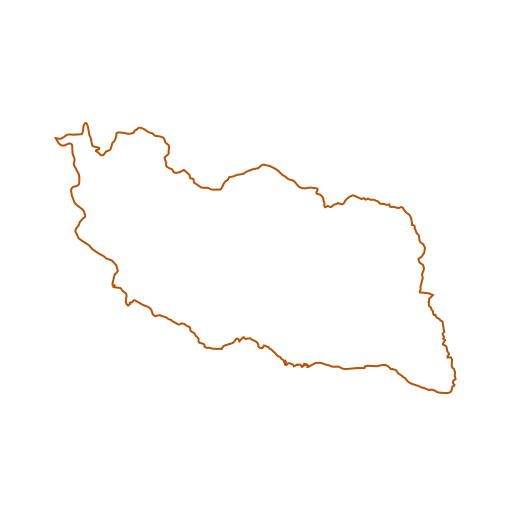 outline of Shanxi, rotated 277°
{"feature_id": "CHN-1805", "entity_name": "Shanxi", "entity_type": "Province", "adm_level": 1, "iso_a3": "CHN", "parent_name": "China", "parent_adm1": "", "projection": "equal_earth", "projection_center": [112.547, 37.663], "detail": "fine", "context": "isolated", "style": "outline", "palette": "amber", "viewbox_px": 512, "rotation_deg": 277, "n_neighbors": 0, "source": "natural_earth", "source_scale": "10m", "svg_char_len": 6082}
<svg xmlns="http://www.w3.org/2000/svg" viewBox="0 0 512 512"><g transform="rotate(277 256 256)"><path d="M348.5,42.9L348.4,47.0L348.7,48.2L350.9,51.1L352.5,52.6L353.4,54.0L353.9,55.4L354.1,59.8L355.5,67.5L356.0,68.3L356.6,68.7L360.7,69.1L363.9,68.9L366.8,70.0L367.2,70.6L367.2,71.2L366.2,72.2L364.1,73.3L355.7,75.9L352.9,77.6L346.0,79.9L345.3,80.7L344.8,82.4L344.5,86.0L344.1,87.3L343.0,87.2L342.3,86.3L341.7,84.6L340.7,84.3L339.1,87.4L337.5,89.1L337.1,90.2L337.1,91.2L337.6,92.2L341.5,94.5L343.0,97.5L344.0,98.4L345.5,98.9L350.6,99.7L353.1,101.6L358.0,102.7L360.3,102.5L361.1,102.9L361.8,104.0L362.0,105.0L362.1,110.2L361.7,113.8L362.0,116.5L363.5,119.6L365.0,120.0L365.8,120.6L366.9,122.2L367.9,122.9L369.0,124.2L369.2,125.1L368.7,128.5L365.6,134.8L365.1,138.3L363.5,140.3L362.9,141.6L363.0,146.0L362.4,148.9L361.0,150.7L357.8,152.1L355.3,155.8L353.4,156.6L349.7,156.4L347.5,156.9L346.0,156.3L343.0,153.4L342.5,153.3L340.6,153.9L337.6,155.6L334.9,155.7L333.8,156.5L332.8,158.6L331.9,161.8L331.5,162.4L329.3,163.9L328.7,166.1L329.4,168.9L330.8,171.4L332.5,173.5L332.4,174.4L328.5,180.0L325.4,181.1L325.1,181.8L325.0,184.2L324.3,184.7L322.3,185.2L321.2,185.8L317.4,193.2L317.2,194.4L317.8,199.9L316.9,202.6L316.5,204.8L317.7,212.8L318.7,213.4L324.9,215.6L326.5,216.8L328.5,219.0L330.9,219.7L332.3,223.9L334.2,227.4L335.6,232.2L336.2,233.7L338.1,235.5L341.3,241.3L343.4,247.4L347.3,251.1L347.6,253.1L346.9,259.0L344.8,264.9L343.1,267.9L339.6,272.5L338.5,275.3L336.8,277.8L336.2,278.9L335.7,282.2L334.8,285.0L331.7,288.1L330.0,290.3L329.4,291.5L329.0,294.2L329.1,295.9L329.4,297.9L330.4,300.6L330.5,301.7L330.6,307.1L330.3,308.7L329.1,309.1L326.6,308.2L325.5,308.4L325.2,309.2L324.7,312.0L324.3,312.9L321.8,315.6L319.1,316.2L317.9,317.1L316.5,317.5L314.2,317.6L313.2,318.3L312.8,319.0L314.5,321.1L313.7,323.5L313.7,324.6L316.5,327.2L317.3,329.5L318.6,331.0L317.9,333.2L317.8,334.3L318.0,335.5L319.1,336.8L321.6,337.8L323.1,338.7L326.3,341.7L327.9,344.5L327.9,346.0L325.4,353.8L326.5,355.8L326.3,356.6L325.5,357.3L325.3,358.0L326.6,360.2L325.7,362.9L326.2,365.4L326.1,366.2L324.9,370.7L324.6,371.3L323.2,372.3L323.0,373.1L323.2,376.5L322.7,379.5L323.4,382.1L321.4,382.8L321.1,384.3L321.5,386.2L320.9,391.7L322.1,393.8L322.2,395.0L321.5,396.1L318.9,398.1L317.3,400.0L315.8,402.9L314.7,404.0L312.7,405.2L307.3,407.0L305.8,406.9L305.7,408.8L304.8,409.9L303.7,410.2L302.5,410.1L301.3,411.2L298.8,412.3L297.7,413.3L296.8,414.8L296.3,415.1L291.0,416.5L289.3,418.2L288.0,420.5L284.8,422.7L279.7,422.6L275.2,420.3L273.6,418.2L272.6,417.6L270.9,418.3L269.2,419.4L267.8,422.6L264.7,424.1L262.8,424.2L258.1,423.0L254.6,424.2L245.1,423.0L243.4,423.5L240.9,422.9L239.9,423.1L240.0,432.0L238.8,436.4L234.5,433.0L232.2,433.3L231.3,432.9L230.5,433.3L227.7,433.8L225.9,436.0L224.1,436.7L222.9,438.3L219.8,439.1L219.2,439.8L219.6,441.1L217.1,442.6L215.6,446.0L214.5,446.9L213.8,448.9L213.1,449.3L205.9,451.3L203.9,452.2L201.7,450.8L200.4,451.1L198.6,452.6L197.1,451.8L196.5,452.1L195.8,453.7L195.3,453.9L191.8,452.2L190.8,452.4L190.0,455.3L189.2,456.0L184.7,457.5L182.8,459.3L181.9,459.6L179.8,458.3L178.6,458.5L179.2,461.8L177.1,463.2L170.8,463.6L169.7,464.1L168.7,464.9L168.3,466.0L167.8,466.4L164.5,467.8L161.2,467.8L158.3,469.1L156.2,467.0L154.5,466.9L153.3,467.3L152.5,468.6L151.9,468.7L151.3,468.4L150.1,466.8L145.9,466.4L144.4,465.3L143.5,463.4L142.9,459.5L142.8,453.7L143.1,452.0L144.1,450.1L144.7,448.0L144.6,445.8L144.0,443.5L144.5,442.5L145.4,439.0L145.8,436.1L146.8,433.2L148.2,425.7L149.4,422.8L150.3,421.6L153.0,418.9L154.1,416.0L154.9,415.5L156.9,411.2L158.4,410.3L159.7,408.8L160.5,405.1L160.1,403.8L162.7,400.6L163.6,397.6L163.2,394.7L161.3,389.5L160.6,379.9L159.6,377.5L158.0,377.3L157.5,374.0L157.3,370.8L154.8,359.4L154.7,356.3L155.0,354.8L156.0,352.3L156.2,350.9L155.5,346.4L155.5,344.9L156.5,341.0L156.8,337.9L157.5,335.5L157.7,332.6L157.3,329.0L156.9,327.9L152.1,321.2L152.2,320.5L153.7,320.9L154.3,320.1L154.8,318.6L154.7,317.5L153.6,318.1L153.3,316.7L153.6,316.6L152.5,316.2L151.4,315.2L151.6,314.8L152.5,314.7L153.5,313.1L153.6,312.3L152.9,310.8L153.3,310.0L151.5,308.0L151.1,307.1L152.5,306.0L153.4,303.9L153.7,301.8L153.2,300.9L152.0,299.9L151.4,299.0L151.4,298.3L152.3,298.0L154.3,298.8L155.2,298.0L153.8,297.6L153.8,297.1L156.0,295.9L157.0,293.8L158.6,292.4L159.6,289.5L160.1,288.7L161.8,287.1L165.3,282.1L165.8,280.4L166.9,279.9L167.2,279.3L167.3,278.0L168.1,275.7L168.1,274.7L166.0,274.0L165.3,273.2L165.2,272.0L165.5,270.5L166.4,269.4L168.7,269.0L170.9,266.9L172.6,261.9L173.6,260.5L173.0,257.6L172.4,256.2L172.5,255.2L173.9,253.8L173.1,252.4L169.3,250.0L171.3,248.7L171.8,247.8L171.3,246.5L167.7,244.3L166.6,243.1L163.3,235.8L162.7,234.9L161.0,233.7L159.5,233.3L159.4,230.1L159.1,229.4L158.7,224.0L159.3,220.2L158.8,218.7L159.4,216.3L159.7,215.9L161.3,215.7L162.4,214.6L163.0,210.4L163.6,209.7L164.3,209.4L166.6,209.1L167.8,208.3L169.6,205.8L171.8,204.2L173.3,200.8L174.2,199.9L176.4,199.5L177.4,198.7L178.3,195.6L179.8,193.3L180.0,190.2L178.7,188.4L178.5,187.4L180.2,183.4L180.8,181.4L182.3,179.3L182.6,177.1L184.2,174.0L185.0,169.3L185.5,168.1L185.5,167.2L183.9,163.2L185.1,161.2L186.5,160.2L190.0,158.5L191.5,156.8L192.4,154.6L193.7,149.6L197.3,141.1L197.2,140.2L195.1,138.8L194.6,137.0L194.2,136.5L193.4,137.0L191.2,135.1L192.5,133.4L194.1,132.5L195.9,132.2L200.3,132.4L202.0,132.1L203.3,131.1L204.9,128.0L207.4,125.8L207.7,124.8L207.7,118.7L209.2,119.3L209.7,119.1L208.9,118.0L209.1,117.4L211.1,116.9L220.6,118.0L222.4,119.8L224.6,120.6L229.6,118.5L233.7,113.9L234.4,112.0L235.1,108.0L237.1,105.2L238.8,100.8L242.7,92.9L246.1,89.2L248.9,83.8L249.6,82.0L252.0,77.7L255.8,75.5L258.2,73.7L261.0,73.9L265.1,76.4L268.4,77.1L272.5,79.9L273.8,81.4L274.5,81.6L275.5,81.5L279.7,79.5L281.2,77.9L285.3,71.0L286.7,69.5L293.7,65.8L298.6,64.4L300.5,64.7L301.8,65.6L302.4,66.4L303.9,69.9L304.8,71.0L305.9,71.5L307.3,71.6L311.8,71.2L314.4,70.6L316.0,69.9L324.1,64.2L325.2,63.9L328.7,64.2L330.2,64.0L335.4,61.4L343.0,60.1L344.3,59.5L345.0,58.1L344.9,56.6L342.4,52.5L342.1,51.1L342.1,49.7L342.6,48.3L343.9,46.3L348.5,42.9Z" fill="none" stroke="#b45309" stroke-width="2"/></g></svg>